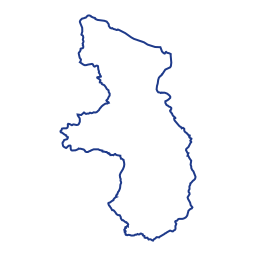 outline of Pasaman, Sumatera Barat, Indonesia
{"feature_id": "22746128B82897046958257", "entity_name": "Pasaman", "entity_type": "district", "adm_level": 2, "iso_a3": "IDN", "parent_name": "Indonesia", "parent_adm1": "Sumatera Barat", "projection": "mercator", "projection_center": [100.034, 0.4], "detail": "fine", "context": "isolated", "style": "outline", "palette": "blue", "viewbox_px": 256, "rotation_deg": 0, "n_neighbors": 0, "source": "geoboundaries", "source_scale": "gbopen_adm2", "svg_char_len": 5823}
<svg xmlns="http://www.w3.org/2000/svg" viewBox="0 0 256 256"><path d="M176.1,224.5L176.3,223.8L175.5,222.6L175.2,221.7L175.5,221.1L177.1,220.6L178.2,219.2L179.0,218.9L182.0,218.9L183.1,218.7L184.4,218.2L185.9,217.3L187.2,215.6L188.5,210.7L190.2,209.1L191.8,208.4L192.4,207.3L190.7,205.2L190.1,202.6L188.0,198.8L187.6,197.3L189.6,194.1L189.4,192.9L188.7,192.1L188.6,191.4L188.7,190.4L189.4,189.4L189.5,188.6L189.4,186.4L190.3,184.6L190.3,183.5L190.5,183.2L191.1,182.9L192.9,180.8L193.9,180.1L195.0,178.9L195.4,177.7L195.5,176.7L193.4,171.3L192.2,170.0L191.3,168.1L191.2,166.3L190.6,164.7L191.2,160.7L189.5,158.3L188.3,155.9L187.5,155.8L188.1,153.7L188.4,153.2L187.4,152.8L186.0,150.1L186.3,148.9L188.5,146.9L190.5,142.9L191.2,142.2L191.2,141.7L190.3,140.8L190.3,140.5L191.3,139.2L191.4,138.6L190.0,137.9L189.4,137.4L189.2,136.6L189.8,135.9L189.7,135.4L188.4,135.2L188.0,134.4L187.0,133.6L186.6,132.9L185.7,132.5L184.7,131.5L184.3,130.7L184.2,128.7L182.9,127.8L182.4,127.9L181.7,128.3L181.1,127.3L180.7,126.8L180.0,126.6L179.2,125.9L174.9,120.8L174.4,120.0L174.1,118.7L174.3,118.0L175.3,118.0L175.3,117.8L172.9,115.6L172.5,114.9L172.1,113.7L171.6,113.4L171.4,112.7L170.5,111.8L170.2,111.3L170.1,110.5L170.4,110.2L170.5,110.3L170.7,110.2L170.8,109.6L171.3,108.9L171.2,107.8L170.2,107.0L168.6,106.4L167.7,105.5L166.6,105.1L165.5,103.2L165.3,102.2L165.4,101.2L166.5,100.8L168.4,99.6L170.2,97.9L170.3,96.8L169.6,95.6L167.3,93.7L165.3,92.9L163.9,92.6L162.9,92.9L161.9,92.5L161.3,92.9L160.7,93.0L160.0,92.5L158.3,92.3L157.4,91.2L156.6,89.4L157.0,85.9L157.7,83.6L158.2,79.9L158.9,77.7L160.2,76.2L161.0,75.7L161.8,74.5L162.1,74.5L162.2,74.0L162.5,73.9L165.3,69.6L170.2,67.3L170.9,66.0L171.3,62.7L170.7,55.8L170.7,54.0L169.0,53.2L167.1,52.8L166.1,51.9L165.7,52.1L164.8,53.5L164.3,53.5L163.5,53.0L162.0,51.5L160.4,47.2L155.1,47.0L147.6,44.6L144.0,42.3L134.0,38.9L131.3,37.4L125.2,33.1L119.7,30.3L117.9,29.5L117.4,29.9L116.7,30.0L114.8,29.3L113.5,29.0L112.2,28.1L111.5,28.4L110.2,27.9L108.8,25.9L108.8,24.8L108.5,23.9L106.7,21.6L104.4,20.8L97.5,19.9L95.4,19.0L95.4,18.5L94.9,17.9L93.6,17.7L91.2,16.6L90.7,15.9L89.0,15.4L87.6,15.7L85.7,17.7L84.7,17.8L84.0,18.2L82.1,18.6L80.6,20.0L79.9,21.3L79.9,22.0L80.4,23.4L82.2,27.8L82.3,31.6L81.4,34.6L81.5,34.8L82.6,35.4L83.0,36.0L83.3,37.5L82.8,39.7L83.5,41.2L83.3,42.3L82.6,43.6L83.0,44.5L82.8,45.4L83.3,46.1L83.2,47.6L82.7,48.2L80.8,48.6L80.5,49.0L80.6,50.0L79.9,51.6L78.9,52.6L78.7,53.4L79.7,57.8L80.9,59.4L80.7,61.1L79.9,62.2L83.5,64.7L84.8,65.2L86.2,65.1L88.0,64.6L92.0,63.9L92.8,64.3L93.7,66.0L94.4,66.6L94.8,66.6L96.3,65.7L97.1,65.7L97.7,65.9L98.0,66.2L98.3,69.4L99.0,71.4L98.8,72.6L99.8,74.0L100.0,75.0L100.9,76.3L100.8,76.7L97.4,77.2L97.2,77.7L97.5,78.1L98.8,78.8L100.4,80.2L99.8,81.9L99.8,82.4L101.3,82.7L101.6,82.9L101.8,83.9L102.1,84.2L104.3,85.2L105.9,87.3L106.7,88.9L108.5,90.3L108.8,92.4L109.6,93.4L109.7,93.7L109.6,95.6L108.6,97.1L107.8,99.0L106.4,100.4L106.8,101.2L108.5,102.2L108.8,102.8L108.1,103.0L107.5,103.5L105.5,103.6L103.3,105.0L101.4,106.6L100.9,107.4L99.8,108.5L99.1,109.9L97.0,111.9L96.2,112.3L95.2,112.5L93.7,112.3L92.4,113.0L91.3,113.2L90.0,112.7L88.7,113.6L87.1,113.6L86.2,113.9L85.7,113.8L84.0,112.5L81.2,115.0L77.6,114.5L77.8,115.5L79.6,118.2L79.8,118.9L79.8,121.8L78.7,124.2L77.9,124.8L76.5,125.0L73.7,124.4L73.0,124.5L72.4,125.0L71.9,125.2L69.7,124.1L68.2,123.8L68.0,124.0L67.8,124.4L67.9,126.2L67.6,127.3L67.4,127.7L66.4,128.3L63.6,128.3L62.0,128.6L61.4,130.3L60.5,131.2L60.6,131.9L61.2,132.5L62.0,132.6L64.6,134.6L66.0,135.2L66.3,135.4L66.4,136.3L67.1,136.9L67.9,137.2L67.6,138.5L67.0,139.2L64.2,140.0L63.3,141.8L62.8,142.2L62.5,143.1L63.0,145.7L63.4,146.4L64.5,147.2L66.1,148.0L66.5,147.8L68.1,146.2L69.0,145.6L70.3,145.6L70.6,146.0L70.7,148.7L71.0,149.8L72.0,150.5L75.5,150.3L77.9,149.3L78.6,148.5L79.6,148.8L80.5,148.7L83.7,149.5L84.9,150.6L85.3,151.5L86.3,152.0L87.9,152.0L89.3,151.2L90.6,150.8L91.0,150.4L93.8,149.3L98.3,149.3L99.5,150.0L101.5,150.4L101.4,150.5L101.7,150.8L102.6,151.0L102.7,151.6L103.5,151.7L104.7,151.7L105.3,152.0L106.7,152.0L107.6,153.1L108.5,153.0L108.5,153.4L109.3,153.6L109.3,154.1L110.3,154.4L110.4,155.1L112.9,155.0L113.4,155.2L114.7,154.1L115.3,154.0L115.7,154.6L117.1,155.2L120.3,155.7L120.2,156.4L120.7,157.4L120.9,158.6L121.4,158.6L122.4,159.1L122.8,159.6L123.5,159.8L124.1,162.6L124.3,164.4L124.0,166.5L123.0,169.1L120.5,173.2L119.8,175.1L120.1,177.6L120.7,179.1L120.5,180.5L121.1,182.2L121.1,183.0L120.4,184.6L120.1,187.7L119.9,188.6L118.9,191.0L118.0,192.1L117.4,194.1L117.0,194.7L116.7,194.7L116.5,195.3L116.2,195.5L115.9,196.9L116.2,197.0L115.5,197.3L114.5,198.2L113.4,199.6L113.4,200.2L111.9,201.0L110.1,202.4L108.5,202.9L108.3,203.6L109.0,205.5L110.0,206.4L110.2,207.1L111.0,208.0L112.1,210.1L113.1,210.1L113.9,210.6L115.3,212.2L116.5,214.1L117.0,214.5L118.1,215.1L119.0,215.1L119.8,215.3L120.8,217.2L120.8,218.3L122.0,220.1L122.3,220.3L123.1,220.2L125.5,222.2L126.4,222.2L126.7,222.9L127.5,223.3L128.0,224.0L128.2,224.5L127.8,225.4L127.9,226.4L127.1,226.1L125.9,227.4L125.7,227.0L125.4,227.1L125.3,227.4L125.6,228.1L125.1,228.2L124.9,228.9L124.3,229.7L124.5,230.8L124.9,230.2L125.5,230.9L125.6,231.5L124.9,231.8L125.1,232.6L125.8,234.2L125.6,234.5L125.8,234.8L126.2,234.8L127.1,235.2L128.7,234.8L130.2,235.1L131.1,235.5L133.2,235.5L134.4,235.3L135.2,234.7L136.5,234.7L137.5,234.0L138.4,234.4L139.0,234.5L139.8,234.2L140.4,233.6L141.2,233.6L142.8,234.4L142.7,235.0L143.1,235.6L144.4,236.0L144.6,237.6L144.9,237.7L145.6,237.9L147.4,237.7L148.6,239.5L149.9,239.2L150.8,239.4L152.3,240.4L153.0,240.6L153.4,239.9L154.3,239.0L155.3,238.5L156.5,237.2L157.3,237.2L159.1,237.4L159.3,237.0L164.4,234.0L165.2,233.3L165.7,233.2L167.1,232.2L170.0,230.6L170.6,230.7L171.6,231.2L172.8,231.4L173.2,231.1L173.6,230.6L174.8,230.0L175.2,229.5L175.5,228.7L175.4,226.0L176.1,224.5Z" fill="none" stroke="#1e3a8a" stroke-width="2"/></svg>